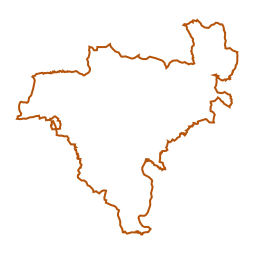 the district of Lismore Lea-3, Waterford, Ireland, rotated 359°
{"feature_id": "5873133B19257398273373", "entity_name": "Lismore Lea-3", "entity_type": "district", "adm_level": 2, "iso_a3": "IRL", "parent_name": "Ireland", "parent_adm1": "Waterford", "projection": "orthographic", "projection_center": [-7.865, 52.126], "detail": "fine", "context": "isolated", "style": "outline", "palette": "amber", "viewbox_px": 256, "rotation_deg": 359, "n_neighbors": 0, "source": "geoboundaries", "source_scale": "gbopen_adm2", "svg_char_len": 5772}
<svg xmlns="http://www.w3.org/2000/svg" viewBox="0 0 256 256"><g transform="rotate(359 128 128)"><path d="M148.8,229.4L146.6,227.3L142.6,227.2L140.7,226.2L138.3,222.5L137.0,218.3L137.3,216.9L138.6,215.8L142.7,216.1L144.4,215.2L146.3,212.8L148.9,205.6L148.8,200.7L150.6,197.6L149.9,193.7L151.6,187.5L150.6,184.6L150.9,182.4L151.3,181.7L150.9,180.3L148.1,177.5L143.3,174.8L142.3,172.6L141.5,169.6L141.6,167.8L144.5,162.7L145.6,159.4L147.9,159.7L147.0,161.4L148.5,161.1L148.6,160.7L149.6,161.3L150.3,160.9L150.1,161.2L150.4,161.4L150.2,161.7L151.9,162.6L151.8,163.2L152.8,163.5L153.4,165.4L156.3,166.2L157.0,167.3L157.6,167.2L158.6,169.0L159.6,168.3L159.8,168.6L159.7,169.4L161.1,169.6L161.4,170.5L162.1,169.8L164.5,169.9L164.5,168.8L163.4,167.7L162.3,164.7L162.2,163.5L159.0,162.4L159.7,158.6L159.5,157.9L159.8,155.5L159.6,154.8L159.8,154.0L160.4,154.1L160.4,153.0L161.6,153.0L161.8,151.7L165.8,151.5L167.0,150.6L165.8,148.1L166.6,147.2L167.5,143.4L168.3,143.0L167.9,141.9L169.8,142.9L171.4,141.8L172.3,140.2L174.2,141.5L176.3,139.9L177.0,138.7L179.6,137.6L180.0,135.2L180.4,135.0L180.2,134.7L181.4,134.0L181.9,134.7L182.9,134.0L183.8,134.4L183.7,135.5L184.6,136.4L185.7,135.2L185.6,134.2L186.9,133.3L186.7,132.0L186.1,131.5L187.9,130.8L188.0,130.0L188.8,129.8L189.3,129.1L189.1,128.1L189.8,128.5L190.2,128.1L190.2,127.4L192.3,127.6L193.0,126.6L192.4,126.4L193.8,125.1L193.6,124.1L195.1,124.3L196.0,125.1L197.5,125.1L198.1,124.5L197.9,122.8L205.6,120.5L206.4,120.5L209.5,123.8L214.0,124.0L213.5,122.0L214.3,118.0L215.0,116.2L213.7,114.1L212.3,112.9L211.0,112.7L210.7,110.4L211.1,109.5L211.0,108.2L211.9,106.6L211.8,105.4L211.2,104.8L211.1,103.1L215.1,102.5L218.2,99.7L218.4,99.1L220.3,100.4L222.0,103.0L223.4,103.4L224.2,105.2L230.0,108.9L230.2,107.3L231.0,106.8L232.3,104.7L231.7,102.7L232.2,101.9L232.0,100.9L231.0,100.1L231.5,98.4L230.8,97.9L230.7,96.5L228.4,96.0L225.3,93.7L222.7,94.8L218.2,94.1L215.6,89.1L216.8,87.1L217.5,83.0L217.2,81.0L217.6,80.1L217.2,77.3L214.9,76.6L217.0,76.1L217.1,77.0L218.7,77.4L218.4,78.1L219.3,77.8L219.1,79.4L221.5,81.4L223.5,82.2L225.6,81.1L226.3,81.2L226.6,82.1L227.6,81.1L229.9,80.3L230.7,81.1L231.0,80.9L230.3,80.0L230.9,79.4L230.1,79.0L230.0,78.2L233.0,76.1L233.3,74.1L233.9,73.8L233.8,72.6L235.5,71.1L236.7,69.1L236.7,67.5L238.0,65.6L238.5,62.3L238.5,58.5L238.8,58.0L238.3,54.8L238.7,54.1L233.9,52.2L231.4,49.9L227.8,50.4L226.7,49.7L226.9,48.9L226.3,46.4L227.3,42.5L226.6,40.7L226.3,38.9L226.8,36.6L226.5,34.5L226.8,34.2L225.4,31.7L225.7,31.2L225.2,28.4L224.2,26.4L223.6,25.9L222.1,26.2L219.6,24.5L217.6,24.3L215.8,25.9L213.4,26.4L210.4,29.3L206.6,28.9L203.4,26.8L202.6,24.7L199.1,21.2L198.4,22.4L195.3,21.5L194.8,21.6L194.6,23.5L193.5,22.7L191.7,23.7L190.7,24.7L187.9,25.5L186.2,25.1L185.8,25.6L185.5,25.9L186.6,26.0L186.6,26.5L188.1,26.3L188.1,27.0L188.6,28.2L188.6,30.1L190.5,32.9L191.0,34.4L192.0,35.6L192.2,37.1L194.6,40.2L194.3,41.7L195.4,45.4L195.0,46.6L193.6,47.7L193.2,48.8L193.1,51.1L192.5,52.4L193.2,53.4L193.1,55.0L193.8,55.5L194.2,56.8L193.9,58.9L194.5,59.0L193.8,60.3L194.6,61.4L194.4,61.9L195.4,64.6L194.1,65.2L192.0,64.7L189.7,65.4L189.1,64.7L187.5,64.3L186.2,63.1L183.4,63.7L180.7,62.8L178.4,61.2L174.0,61.5L170.9,63.6L168.9,67.4L167.4,68.7L167.1,67.1L166.0,65.3L165.8,63.8L163.6,61.3L156.9,58.7L150.9,57.1L147.6,59.4L144.0,59.3L141.6,58.4L139.8,57.0L140.0,55.4L135.6,58.2L133.2,58.7L127.0,56.4L122.8,56.6L122.0,55.8L120.2,52.5L116.5,51.1L113.9,48.3L112.1,46.2L111.5,43.8L107.3,46.7L98.8,46.5L98.3,49.6L95.5,49.7L93.7,47.1L90.8,46.1L90.9,47.0L90.4,49.6L90.9,50.6L90.8,52.9L89.9,56.4L88.2,58.5L89.3,61.2L89.1,64.2L91.0,67.6L90.8,68.7L91.0,68.9L90.5,70.9L89.0,72.3L86.6,73.5L85.7,74.5L84.3,74.6L83.3,73.5L80.4,72.6L77.5,70.2L72.8,71.1L70.2,70.4L69.2,70.7L68.5,70.2L68.0,70.8L65.6,70.7L64.7,70.1L64.9,70.7L63.9,70.4L62.8,70.8L62.3,70.1L60.7,69.8L59.9,70.8L59.2,70.3L58.0,71.1L56.1,70.9L55.4,70.2L54.9,71.1L54.0,70.3L52.7,71.9L51.5,71.0L51.0,71.9L48.4,71.3L47.1,71.8L45.7,71.5L44.5,72.2L44.4,71.7L43.2,71.3L37.2,72.5L35.8,74.2L34.0,74.4L33.3,75.1L34.1,75.7L35.3,77.7L35.6,79.1L34.0,86.4L31.8,93.7L29.6,95.9L29.1,98.8L28.4,100.5L27.3,101.1L26.6,100.6L23.1,100.5L21.8,99.9L20.8,100.3L19.9,102.3L19.5,103.8L19.5,107.3L20.2,109.6L21.5,111.6L21.0,113.5L17.9,114.5L17.9,115.8L17.2,116.9L20.1,117.3L24.2,116.7L25.8,117.1L30.4,115.6L33.2,115.5L35.5,114.7L39.3,114.2L39.9,117.1L42.9,116.0L45.1,115.8L45.8,116.3L46.2,118.8L50.5,118.5L50.4,117.4L52.0,117.4L54.5,115.2L55.3,115.1L58.5,117.6L57.9,119.3L60.1,120.1L60.2,121.9L60.8,123.0L60.0,126.0L60.1,127.5L56.3,127.9L55.5,124.9L53.2,119.8L51.7,120.1L51.9,123.4L51.2,123.5L51.0,124.8L51.3,125.7L52.3,128.0L56.2,127.9L56.2,128.8L56.7,130.8L56.5,133.7L59.8,134.6L61.0,134.3L64.1,135.2L67.1,135.3L68.5,137.5L68.2,138.6L67.7,138.8L70.6,143.3L74.7,143.5L74.5,144.0L74.7,144.3L74.3,145.2L75.3,146.0L74.9,146.0L74.4,147.5L75.0,149.0L75.7,148.8L76.4,153.3L77.4,153.1L77.3,154.6L77.8,154.7L77.6,155.7L77.0,156.6L77.9,156.6L77.5,158.0L79.7,158.2L79.4,158.7L79.8,159.7L79.4,160.3L79.7,160.9L79.4,161.9L79.6,162.6L80.8,163.7L80.7,164.9L79.8,165.9L80.1,166.8L79.0,167.2L77.5,169.2L77.5,169.9L79.0,172.1L78.3,173.6L77.3,173.9L77.0,174.9L77.1,176.7L80.7,179.7L83.3,179.7L85.4,181.4L86.7,184.7L88.7,185.4L91.1,187.9L92.2,189.6L92.3,191.4L95.0,190.7L98.1,192.9L100.4,190.8L102.7,189.9L105.0,190.3L103.1,197.2L103.4,199.4L105.0,199.8L104.5,202.2L109.5,204.6L113.3,205.9L114.9,207.3L115.5,208.8L117.6,210.1L116.5,213.4L116.5,215.4L117.9,218.9L118.6,221.5L118.5,225.1L120.5,228.9L121.0,232.1L121.9,232.4L122.3,232.3L122.2,231.7L123.1,231.5L125.2,233.6L129.8,232.4L133.7,232.5L134.4,231.6L135.4,232.7L136.2,231.4L136.7,231.8L137.1,233.1L138.5,232.8L138.9,233.3L139.1,234.5L140.1,234.8L140.6,234.5L141.1,233.1L144.5,232.4L146.3,232.5L148.8,229.4Z" fill="none" stroke="#b45309" stroke-width="2"/></g></svg>